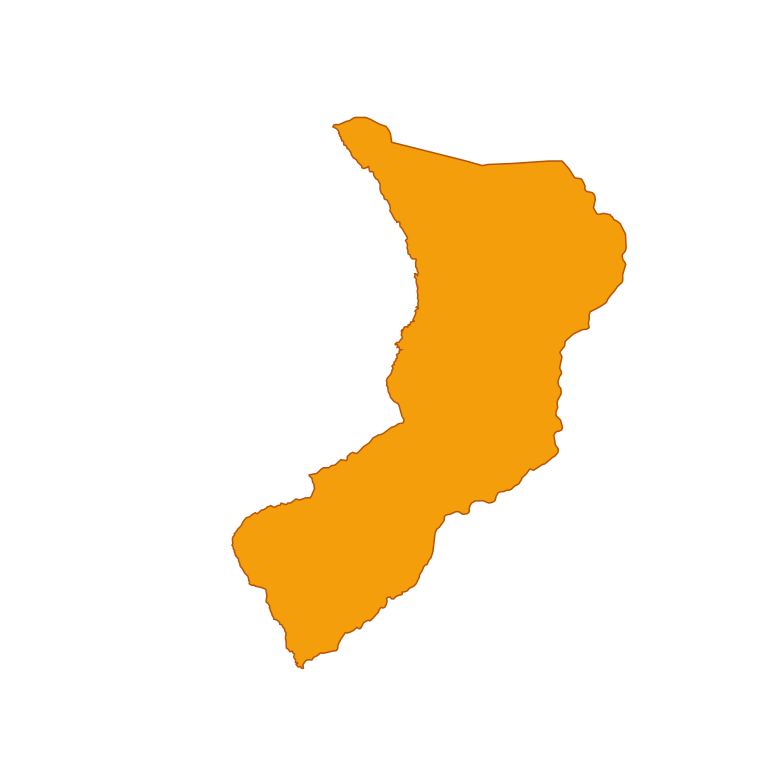 Sabanalarga, Casanare, Colombia, rotated 213°
{"feature_id": "7082276B53386587060055", "entity_name": "Sabanalarga", "entity_type": "district", "adm_level": 2, "iso_a3": "COL", "parent_name": "Colombia", "parent_adm1": "Casanare", "projection": "albers", "projection_center": [-72.979, 4.832], "detail": "fine", "context": "isolated", "style": "filled", "palette": "amber", "viewbox_px": 768, "rotation_deg": 213, "n_neighbors": 0, "source": "geoboundaries", "source_scale": "gbopen_adm2", "svg_char_len": 6171}
<svg xmlns="http://www.w3.org/2000/svg" viewBox="0 0 768 768"><g transform="rotate(213 384 384)"><path d="M279.2,133.9L278.6,135.4L278.8,137.0L280.5,140.2L281.2,146.7L281.0,154.5L279.2,155.1L277.2,157.5L275.4,160.6L274.2,165.1L272.1,165.0L270.8,165.8L270.5,167.7L271.1,172.5L269.7,175.7L268.1,177.6L267.1,177.5L266.5,178.3L265.8,181.3L264.4,189.9L265.1,191.2L264.9,194.6L264.5,195.2L262.8,195.6L261.8,197.0L261.9,199.8L263.2,203.7L265.0,205.5L265.0,206.4L263.2,208.7L260.8,207.9L258.9,208.9L258.3,211.9L257.1,214.2L254.4,217.0L254.5,218.1L255.4,219.3L253.0,221.5L251.8,223.4L251.5,226.5L249.1,230.2L248.3,233.7L249.2,241.0L250.4,243.9L250.2,247.4L251.1,252.4L250.9,254.3L249.6,256.1L250.4,260.9L250.0,264.1L251.7,270.1L260.0,286.9L260.7,290.9L259.6,293.8L259.2,301.1L259.5,302.8L261.1,305.7L261.0,306.8L260.3,308.3L257.5,311.0L254.1,316.2L251.5,317.6L247.5,317.6L246.4,318.0L243.4,320.8L242.9,323.4L244.6,325.6L245.8,329.5L245.5,332.3L243.8,335.6L237.3,340.1L231.6,341.1L229.4,342.9L227.7,345.4L227.5,347.3L228.8,350.9L229.0,354.9L228.2,356.5L224.8,359.2L223.5,361.5L221.3,363.0L219.7,365.7L218.9,369.5L216.6,373.5L216.6,378.2L217.2,380.4L215.8,385.6L215.4,391.5L215.0,392.3L211.5,393.2L207.4,402.7L205.6,404.6L202.8,413.8L201.4,416.8L200.8,420.9L201.9,423.8L202.8,424.6L207.0,426.2L213.6,433.4L213.9,435.8L213.2,438.4L211.7,439.5L210.0,442.4L210.7,444.9L216.4,449.9L222.0,451.1L223.1,451.8L224.7,454.6L225.4,458.7L228.2,462.0L229.4,464.5L230.1,472.3L233.1,476.4L236.8,477.9L239.5,480.7L240.8,486.0L240.7,489.2L242.1,491.0L244.9,492.7L245.8,494.0L249.2,502.9L249.9,504.0L253.5,506.0L253.9,506.9L253.2,514.1L255.3,518.3L253.2,526.3L252.1,529.7L247.3,537.5L243.9,540.4L242.6,542.9L245.7,546.3L247.3,550.3L249.6,553.7L250.4,556.8L244.7,566.9L242.4,572.4L242.0,574.0L242.5,576.5L242.3,581.3L241.4,587.6L241.3,592.8L239.7,599.3L240.3,601.1L243.4,605.7L246.4,615.9L248.2,617.2L251.3,618.3L253.6,620.6L254.6,622.3L254.0,626.8L255.0,630.0L263.2,641.3L273.5,647.2L276.6,647.5L280.9,647.1L283.6,648.5L285.1,648.5L286.4,649.2L292.8,646.7L295.8,643.6L297.1,642.9L298.5,642.8L304.3,645.9L307.2,653.7L309.6,656.4L311.4,657.6L313.8,657.9L318.2,656.1L320.1,655.9L322.0,657.1L323.2,659.6L328.8,663.0L330.8,663.4L336.3,660.7L345.7,665.1L356.1,668.0L367.0,660.9L397.2,638.3L416.4,624.7L420.7,620.6L437.0,615.6L509.2,590.9L515.0,597.5L518.7,599.7L522.7,601.1L529.5,599.4L539.4,598.6L544.5,597.6L553.0,592.1L554.5,590.4L556.4,586.0L558.7,583.7L563.0,577.0L565.6,575.4L567.2,573.7L566.9,571.9L562.4,572.3L558.7,570.7L558.5,569.5L557.4,569.4L556.5,567.9L554.7,567.8L554.0,566.5L552.4,565.8L551.9,565.0L550.1,565.4L548.0,562.7L545.4,563.2L542.9,561.3L541.8,561.6L540.1,561.1L537.5,559.8L536.0,558.3L532.8,557.0L529.6,557.1L526.4,555.6L521.7,554.8L520.2,553.3L517.8,554.0L517.2,555.5L516.2,555.9L515.6,557.9L515.0,557.9L512.7,555.2L511.6,554.5L511.0,554.5L509.8,555.7L508.3,555.8L505.9,553.2L502.9,551.8L500.5,551.9L496.0,549.3L493.3,545.0L490.3,542.6L486.8,541.7L484.6,539.4L481.5,539.9L476.3,536.9L474.3,534.7L473.2,532.2L471.5,531.7L464.7,527.8L462.6,527.6L461.4,526.6L460.2,528.0L458.7,528.1L456.4,524.9L453.9,524.5L444.5,519.7L443.5,518.7L444.2,516.2L440.3,513.9L438.7,510.6L436.7,509.0L434.8,506.4L432.6,506.6L430.8,505.0L428.8,504.4L427.7,504.6L425.6,506.2L424.6,505.7L423.7,503.3L421.2,499.5L419.6,499.0L417.5,496.8L415.9,496.1L415.0,493.2L417.4,493.8L418.3,493.2L417.4,492.4L416.6,490.2L414.0,489.7L413.0,487.6L410.8,485.2L409.9,485.1L409.3,483.6L408.2,483.7L406.5,479.6L404.4,477.5L402.5,474.1L400.5,472.7L399.4,469.8L397.8,468.4L398.7,466.1L397.1,466.7L396.2,465.9L397.1,465.1L397.8,462.0L396.5,461.9L395.6,459.7L394.6,453.3L393.1,453.4L392.8,453.0L395.3,450.6L395.2,449.7L394.5,448.8L395.1,447.8L394.6,447.3L395.9,446.9L395.1,444.6L396.3,444.4L398.0,442.8L397.4,438.6L398.4,439.1L398.5,438.2L396.9,436.4L396.2,434.5L394.9,434.0L393.6,432.3L394.2,430.0L394.1,427.2L396.0,425.6L396.5,423.5L395.7,423.1L394.3,424.4L393.7,424.1L392.9,421.8L391.5,423.2L389.8,421.5L389.1,421.4L388.2,422.0L389.3,419.8L388.1,418.4L389.5,415.4L387.1,413.2L387.6,411.7L386.9,410.2L387.4,407.3L385.9,405.8L387.0,404.8L387.0,403.2L385.0,402.3L384.7,399.4L384.1,398.6L383.7,395.7L384.4,390.6L383.8,388.0L382.2,386.6L380.8,384.0L379.5,383.8L376.0,379.7L373.7,378.5L371.1,376.3L366.2,374.8L361.5,375.1L360.1,374.5L351.4,366.8L348.0,365.1L347.0,363.3L346.9,361.7L350.2,358.5L351.8,354.6L354.2,351.6L357.7,342.0L360.0,338.8L361.1,338.2L361.6,336.6L363.8,332.9L364.3,326.5L366.9,320.7L368.7,311.5L370.0,310.3L373.0,309.7L374.3,307.4L375.3,303.2L373.9,301.2L373.9,299.2L378.9,297.1L380.9,289.4L383.7,286.8L384.8,283.5L389.2,280.8L390.2,278.7L391.6,272.5L397.2,267.1L396.8,266.3L393.2,265.7L390.5,263.0L387.3,261.1L387.0,260.1L385.3,258.4L383.8,250.2L384.2,248.1L388.0,245.6L391.5,240.8L395.2,239.6L397.4,233.6L400.0,231.5L399.9,230.5L400.9,229.3L405.4,228.1L405.1,225.7L406.8,224.4L408.5,221.2L409.4,220.6L412.9,220.3L413.4,218.8L415.0,217.5L415.1,215.7L417.1,212.1L418.1,211.7L419.5,206.5L420.0,206.0L421.8,206.0L423.8,201.9L424.3,199.6L426.7,196.8L427.2,191.9L426.6,187.0L427.5,183.3L427.6,178.2L428.2,177.1L427.0,175.7L427.4,173.6L426.8,171.5L423.8,167.6L423.7,166.0L422.3,165.6L420.2,163.4L418.4,163.0L418.2,161.7L416.6,160.9L415.9,159.7L414.5,159.6L414.4,159.0L410.8,158.1L409.7,156.5L407.8,155.4L405.1,152.7L403.2,152.4L397.8,149.6L393.6,148.7L391.4,146.9L390.5,145.6L388.8,144.6L388.3,143.1L387.7,142.9L385.3,143.2L383.5,144.5L381.6,144.4L376.9,146.3L372.2,147.4L371.0,147.1L366.7,142.4L365.1,138.5L363.8,136.8L361.9,137.0L359.0,135.5L358.4,135.1L358.3,133.8L356.3,132.8L355.9,132.0L353.2,130.5L352.3,129.4L349.3,127.9L348.3,126.7L346.3,127.5L344.1,127.6L341.7,127.1L340.5,125.7L339.0,126.3L337.8,126.1L336.2,124.9L334.4,124.6L332.1,122.5L330.4,121.8L328.4,117.4L325.9,114.8L322.1,109.4L319.1,109.3L317.4,108.2L316.4,108.8L315.6,109.9L313.8,108.9L311.9,108.6L311.2,106.3L310.2,105.3L307.9,104.5L306.7,102.3L304.6,103.1L304.3,102.7L305.2,101.3L304.9,100.9L302.3,100.0L301.3,100.3L300.0,101.7L298.8,100.7L297.5,101.0L296.8,101.8L299.1,104.4L299.0,109.2L297.5,111.4L294.2,113.2L294.1,116.6L291.9,120.0L290.8,123.9L288.4,124.9L280.3,133.4L279.2,133.9Z" fill="#f59e0b" stroke="#b45309" stroke-width="1.5"/></g></svg>